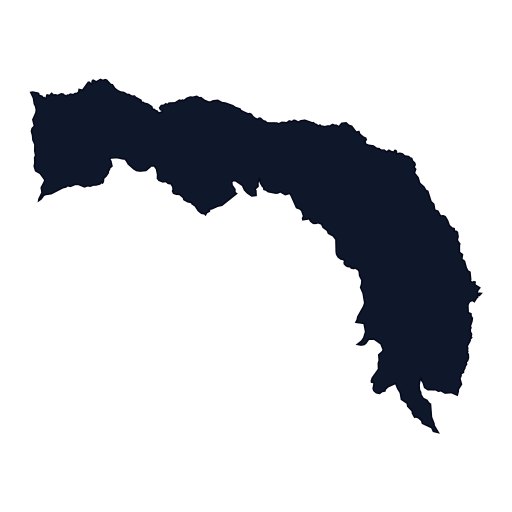 Victor Fajardo, Ayacucho, Peru (Robinson projection)
{"feature_id": "86281439B25183638653455", "entity_name": "Victor Fajardo", "entity_type": "district", "adm_level": 2, "iso_a3": "PER", "parent_name": "Peru", "parent_adm1": "Ayacucho", "projection": "robinson", "projection_center": [-74.315, -13.871], "detail": "fine", "context": "isolated", "style": "filled", "palette": "ink", "viewbox_px": 512, "rotation_deg": 0, "n_neighbors": 0, "source": "geoboundaries", "source_scale": "gbopen_adm2", "svg_char_len": 5993}
<svg xmlns="http://www.w3.org/2000/svg" viewBox="0 0 512 512"><path d="M30.7,92.4L33.4,98.0L34.3,103.9L35.6,106.4L36.3,110.0L35.8,113.0L32.8,119.7L34.4,126.1L32.1,128.4L31.4,131.3L32.5,135.4L32.9,140.0L34.9,144.5L34.7,150.8L35.6,155.6L34.6,157.6L34.8,162.7L34.2,166.2L35.6,170.9L40.1,173.4L44.5,179.4L44.7,181.0L41.2,187.7L42.0,192.6L38.9,199.0L38.6,200.8L41.1,199.0L43.5,195.7L44.9,194.7L51.3,193.7L62.7,187.8L65.9,187.0L67.6,185.7L70.4,186.4L75.2,184.4L78.7,184.5L84.4,186.9L87.6,185.8L90.4,186.2L93.1,185.1L96.2,185.0L99.9,184.0L101.5,182.4L102.5,183.1L103.3,181.8L103.7,178.3L106.0,176.2L108.3,172.8L108.4,170.8L109.4,169.7L109.7,168.1L112.0,166.1L110.9,161.2L109.7,159.1L110.3,158.1L115.3,157.7L118.0,157.8L123.2,159.0L124.2,158.5L126.4,160.7L128.3,164.1L133.9,169.0L136.6,170.6L140.2,171.1L146.0,170.5L151.9,165.4L152.8,166.1L154.1,165.7L156.4,168.9L157.6,174.6L157.4,178.4L159.0,180.4L162.8,181.9L166.0,181.5L167.7,183.1L169.2,183.7L170.6,183.4L172.8,186.7L173.1,189.8L172.5,191.0L173.5,193.3L176.4,194.3L179.5,194.4L183.4,197.7L183.9,199.7L187.8,201.8L191.6,202.6L192.0,203.8L195.2,206.0L198.2,210.6L199.8,212.0L201.5,213.3L204.6,213.9L205.5,214.9L206.7,212.7L209.4,211.3L209.5,209.7L210.3,209.0L211.7,208.9L217.7,206.2L221.9,205.3L236.6,193.6L235.0,192.6L234.9,189.2L232.1,185.3L231.7,181.8L233.1,180.7L235.6,180.8L242.5,185.5L244.5,190.0L247.4,193.0L251.8,196.0L256.1,195.5L255.9,190.6L254.9,189.2L258.1,186.4L257.9,182.5L259.6,179.2L260.4,182.9L262.5,186.5L263.7,187.4L263.9,189.5L266.1,190.1L268.1,191.7L275.8,193.2L277.9,193.0L280.3,191.8L285.3,194.7L289.7,193.4L291.1,195.5L296.5,207.7L300.0,209.0L301.7,210.6L303.6,216.2L302.5,218.2L302.8,219.8L309.3,218.8L310.6,221.3L313.4,223.4L316.3,223.4L317.9,222.7L321.6,224.1L323.1,227.4L327.3,230.5L328.4,233.4L333.0,235.8L335.9,239.5L336.2,252.0L336.6,254.4L338.2,257.1L340.9,259.1L343.8,259.7L344.7,261.6L344.1,262.6L344.4,264.1L346.3,265.9L348.1,266.7L349.5,266.4L351.3,268.1L353.8,268.6L355.1,267.9L358.2,269.9L359.2,271.4L359.6,275.7L361.9,280.2L361.6,284.0L360.6,287.5L363.1,293.3L364.7,303.0L363.6,306.4L357.8,316.7L357.1,319.9L355.9,322.3L364.0,323.4L365.6,331.8L363.7,337.9L361.7,340.9L357.3,344.4L361.0,345.1L364.1,344.6L365.9,343.2L368.6,339.3L374.2,339.2L380.9,343.9L383.3,350.0L382.0,351.9L378.7,354.8L379.2,360.5L378.3,363.1L378.5,369.2L372.3,377.9L371.3,380.9L371.5,382.2L373.6,382.6L374.1,383.4L373.1,388.6L373.9,390.7L376.3,392.8L379.6,393.5L382.0,391.6L384.9,391.0L385.4,389.2L388.0,386.8L395.6,383.4L397.6,388.4L400.3,392.8L401.4,399.4L407.2,403.3L407.7,406.3L412.2,411.0L412.4,413.2L414.6,417.3L416.0,416.9L418.5,417.9L421.6,420.6L422.4,423.4L431.7,427.7L433.4,431.4L438.4,432.6L434.2,425.6L434.0,423.5L431.5,417.2L430.5,404.1L428.8,403.0L427.1,400.4L423.1,398.3L420.9,394.6L420.7,392.2L419.5,390.1L419.1,385.2L419.8,380.6L421.0,378.5L421.3,380.0L423.1,382.6L424.6,387.5L427.8,389.7L435.7,389.8L438.5,391.3L440.8,390.7L445.1,393.1L451.4,392.6L457.3,395.2L458.4,390.9L458.2,389.6L461.5,384.3L459.9,378.5L461.1,375.8L461.0,373.8L463.5,372.4L463.5,370.7L465.0,367.8L464.9,367.0L466.6,364.1L466.1,361.8L467.5,360.9L468.5,357.9L468.3,354.2L467.2,353.0L467.8,351.5L467.4,349.9L467.8,348.3L467.2,346.2L470.1,340.8L470.2,339.2L471.7,337.5L471.0,336.7L471.6,334.3L470.3,331.5L470.3,329.2L471.0,327.8L470.3,326.2L472.0,321.2L472.4,318.1L471.1,316.3L471.0,313.7L468.2,312.6L467.9,305.0L469.1,302.2L470.5,301.1L472.7,300.5L474.3,301.7L476.7,297.9L477.7,297.2L477.6,295.6L479.4,295.5L481.3,293.4L479.4,293.2L478.4,293.8L477.4,293.2L477.7,290.5L479.8,287.8L475.3,285.0L474.8,284.0L475.2,282.1L473.9,281.7L472.3,282.4L470.3,281.3L470.7,279.4L470.0,272.1L467.9,271.0L466.3,267.9L464.5,261.2L461.8,259.2L462.5,254.5L459.4,252.3L459.4,245.3L459.8,243.9L457.6,240.8L457.4,239.3L458.1,236.7L457.4,232.2L456.3,231.3L454.5,231.3L454.2,228.6L452.2,228.1L449.3,225.5L447.6,220.6L445.3,216.7L443.5,215.8L440.5,215.9L437.9,211.1L434.8,210.1L433.8,204.2L431.0,201.5L427.8,191.2L425.9,190.4L423.9,186.9L419.7,183.2L418.1,177.6L414.4,173.0L415.7,169.2L414.1,167.2L415.2,164.7L414.6,162.8L412.6,161.0L411.7,158.4L410.2,158.0L408.6,156.5L404.6,155.9L402.5,153.9L399.8,153.2L396.6,153.9L396.4,151.2L395.6,150.4L394.6,150.5L394.3,151.9L393.8,152.0L391.6,151.7L388.9,150.2L386.6,151.9L384.2,150.1L381.7,150.2L380.0,149.5L379.3,148.6L376.7,148.4L373.3,145.9L368.5,145.2L365.8,144.1L365.0,141.6L366.3,139.6L365.7,138.1L363.4,137.1L359.8,134.1L358.9,131.5L356.1,132.1L351.7,126.2L348.8,125.3L346.1,122.8L341.7,123.3L338.9,126.7L336.1,125.1L334.9,125.4L332.6,124.4L329.5,126.2L328.0,125.9L324.9,126.7L320.7,125.9L320.0,125.0L318.0,126.0L316.6,124.5L314.9,124.0L313.3,122.6L312.4,122.9L304.8,120.2L300.7,120.8L298.4,122.1L294.8,120.3L293.4,120.4L292.2,121.7L289.2,120.9L286.9,122.7L281.9,122.3L278.8,123.8L276.9,123.0L267.1,122.9L265.2,121.2L263.4,120.9L260.5,118.2L259.2,118.1L257.6,119.3L255.2,118.3L253.0,116.7L251.4,114.4L249.7,113.5L248.2,113.9L243.5,111.8L240.8,110.4L240.0,108.9L235.3,107.4L232.9,105.7L225.3,103.0L222.0,102.6L217.8,100.3L213.1,100.8L210.3,102.1L208.4,101.9L204.3,100.2L201.0,97.6L199.4,97.8L196.7,96.3L192.7,97.3L190.3,97.0L187.1,98.1L183.8,100.6L182.6,100.0L181.2,100.6L179.4,100.1L175.1,102.8L168.9,103.1L167.7,104.5L165.7,103.8L164.0,105.2L161.3,105.5L159.6,107.9L160.5,109.7L162.3,110.3L162.2,111.9L158.5,113.0L157.2,111.1L155.4,110.5L154.3,109.4L152.5,109.1L151.8,106.7L147.7,104.0L144.1,103.1L143.1,102.3L141.4,102.4L141.0,100.2L135.4,97.2L134.6,96.1L131.6,96.1L128.9,94.4L127.3,94.5L123.7,92.4L120.6,92.0L117.7,90.6L114.8,88.4L112.4,84.7L110.7,84.5L106.8,80.2L105.4,79.6L102.8,80.4L100.5,79.4L96.3,81.8L93.1,80.1L92.2,81.1L91.9,84.0L91.1,84.1L89.3,82.2L88.3,82.2L82.5,90.2L79.1,89.4L78.7,92.0L76.7,93.5L75.0,93.5L73.3,94.7L70.3,94.1L68.8,95.2L67.3,95.1L66.5,96.1L64.1,95.1L63.4,94.2L61.2,93.8L57.7,95.4L55.0,94.7L53.8,95.4L51.6,93.3L49.1,96.0L47.9,94.9L46.9,95.0L46.1,98.0L45.1,98.5L44.0,97.5L43.0,97.9L42.1,96.3L38.7,95.1L38.8,93.8L38.0,93.1L32.5,92.0L30.7,92.4Z" fill="#0f172a" stroke="#020617" stroke-width="1.5"/></svg>